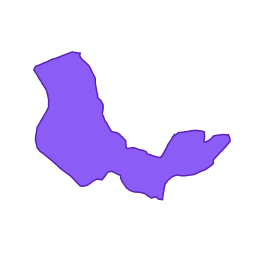 Qakh District, Qax, Azerbaijan (orthographic projection), rotated 280°
{"feature_id": "54616110B49356278605879", "entity_name": "Qakh District", "entity_type": "district", "adm_level": 2, "iso_a3": "AZE", "parent_name": "Azerbaijan", "parent_adm1": "Qax", "projection": "orthographic", "projection_center": [46.895, 41.256], "detail": "fine", "context": "isolated", "style": "filled", "palette": "violet", "viewbox_px": 256, "rotation_deg": 280, "n_neighbors": 0, "source": "geoboundaries", "source_scale": "gbopen_adm2", "svg_char_len": 2182}
<svg xmlns="http://www.w3.org/2000/svg" viewBox="0 0 256 256"><g transform="rotate(280 128 128)"><path d="M193.4,68.0L193.2,64.6L193.2,60.0L191.0,56.1L187.8,50.8L184.6,45.7L182.2,40.9L179.1,36.7L177.4,33.8L174.9,30.2L172.6,26.2L168.7,25.2L165.4,28.5L163.5,30.1L160.8,32.2L159.0,34.2L157.6,35.2L156.5,36.0L153.8,38.7L151.2,41.0L147.4,42.8L142.8,44.7L140.0,45.3L135.0,46.1L130.8,45.1L128.3,44.1L125.3,43.0L120.6,41.2L117.3,40.1L113.0,38.5L110.2,38.5L102.8,38.6L99.6,39.1L94.9,41.2L92.6,42.2L89.7,45.6L87.6,49.9L85.7,53.3L83.6,57.0L81.5,60.5L79.3,64.2L76.6,68.2L74.6,72.1L72.8,75.6L70.9,79.7L68.2,83.5L65.6,86.7L62.8,90.9L62.7,91.0L62.6,93.3L64.3,97.4L66.3,99.8L69.6,102.6L72.3,106.4L72.5,111.4L76.5,113.7L80.9,115.6L82.6,119.6L80.9,125.0L80.0,128.8L76.6,129.9L73.8,131.9L72.1,133.7L68.9,136.8L66.9,140.6L66.1,145.7L66.8,150.6L66.4,155.8L64.6,159.6L63.1,163.1L65.1,167.4L63.3,170.4L63.3,170.7L63.4,174.4L67.7,174.1L73.0,174.1L79.2,174.2L83.8,176.7L87.7,179.9L90.2,184.2L90.3,189.3L91.1,193.4L92.2,196.2L93.2,199.8L94.7,202.8L97.9,207.0L99.6,210.1L101.7,212.8L104.8,215.8L106.6,217.3L108.4,218.5L108.1,218.1L111.5,217.6L119.8,222.9L124.3,226.0L128.0,228.2L132.4,230.8L134.8,230.4L137.5,228.9L138.9,228.0L138.4,227.5L138.1,222.8L136.1,216.4L134.9,213.4L131.7,211.7L128.0,207.6L127.8,205.0L132.8,205.0L137.5,203.7L137.7,202.4L137.7,199.6L137.5,195.7L137.0,193.2L135.9,189.9L135.0,187.5L133.4,182.9L132.3,178.7L128.6,175.0L129.2,174.7L127.8,174.2L126.8,173.4L124.7,172.9L121.4,171.5L119.0,170.3L115.5,169.4L112.2,168.3L110.4,167.8L107.4,166.6L104.6,165.0L104.4,161.8L104.9,157.7L105.5,154.6L105.8,151.6L107.7,150.1L108.6,146.6L108.7,142.3L109.7,137.3L108.4,133.0L107.6,130.2L110.6,128.9L111.6,128.9L115.3,127.8L116.8,125.6L118.2,123.9L119.0,122.3L120.0,121.2L121.5,117.7L121.4,115.0L121.8,112.5L123.7,110.4L125.5,109.3L127.2,107.3L128.0,107.2L129.6,105.8L131.0,104.0L133.8,102.5L136.3,101.0L137.8,100.1L141.2,100.2L143.8,100.0L146.9,99.3L150.5,96.2L152.6,92.8L156.2,92.1L157.6,91.1L161.9,89.7L164.6,88.6L166.6,88.0L171.6,87.0L174.9,84.4L176.9,82.9L181.2,79.9L183.0,78.0L185.4,74.5L186.5,72.5L188.1,70.1L191.0,67.8L193.4,68.0Z" fill="#8b5cf6" stroke="#5b21b6" stroke-width="1.5"/></g></svg>